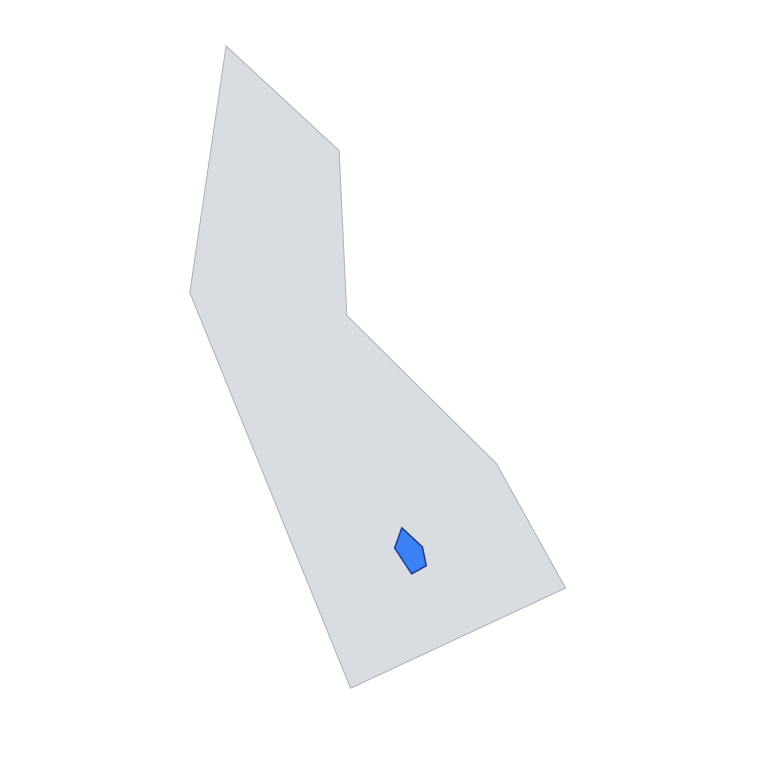 location of Mont Buxton within Seychelles, rotated 190°
{"feature_id": "SYC-5214", "entity_name": "Mont Buxton", "entity_type": "state/province", "adm_level": 1, "iso_a3": "SYC", "parent_name": "Seychelles", "parent_adm1": "", "projection": "orthographic", "projection_center": [55.442, -4.613], "detail": "fine", "context": "in_parent", "style": "filled", "palette": "blue", "viewbox_px": 768, "rotation_deg": 190, "n_neighbors": 0, "source": "natural_earth", "source_scale": "10m", "svg_char_len": 400}
<svg xmlns="http://www.w3.org/2000/svg" viewBox="0 0 768 768"><g transform="rotate(190 384 384)"><path d="M591.1,440.3L598.2,689.4L468.7,606.0L432.5,445.0L259.5,325.1L169.8,214.6L364.1,78.6L591.1,440.3Z" fill="#d9dde1" stroke="#a8b0b8" stroke-width="1"/><path d="M317.9,230.2L310.8,212.4L323.8,201.8L345.0,224.3L341.5,245.5L317.9,230.2Z" fill="#3b82f6" stroke="#1e3a8a" stroke-width="1.5"/></g></svg>